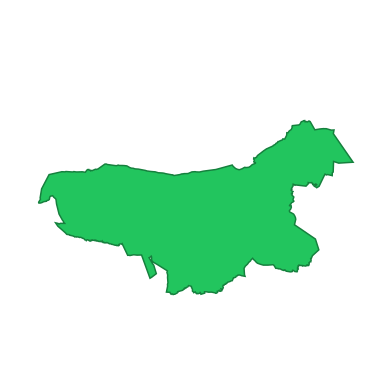 outline of Ringerike nor, Buskerud, Norway, rotated 288°
{"feature_id": "86288312B88500439281521", "entity_name": "Ringerike nor", "entity_type": "district", "adm_level": 2, "iso_a3": "NOR", "parent_name": "Norway", "parent_adm1": "Buskerud", "projection": "albers", "projection_center": [9.963, 60.328], "detail": "fine", "context": "isolated", "style": "filled", "palette": "green", "viewbox_px": 384, "rotation_deg": 288, "n_neighbors": 0, "source": "geoboundaries", "source_scale": "gbopen_adm2", "svg_char_len": 6054}
<svg xmlns="http://www.w3.org/2000/svg" viewBox="0 0 384 384"><g transform="rotate(288 192 192)"><path d="M88.9,198.6L89.8,202.1L88.8,202.9L88.3,203.8L88.8,204.2L89.0,204.8L88.6,205.7L89.2,206.5L89.4,207.2L91.5,209.2L92.7,209.7L92.9,209.4L95.5,213.3L97.8,215.0L98.0,214.5L98.9,215.2L99.1,216.2L99.7,216.4L100.6,217.4L101.9,217.6L102.1,219.9L102.0,220.6L100.7,221.2L100.5,221.8L99.5,222.5L97.8,223.1L97.4,224.2L96.8,224.8L98.0,225.9L96.7,227.6L97.2,228.1L97.0,228.9L97.4,229.6L98.2,230.7L98.9,230.8L98.6,231.3L97.5,232.1L99.7,235.3L101.0,234.8L101.6,236.8L101.8,238.7L102.8,241.4L103.2,245.2L103.0,245.8L103.5,246.7L104.6,247.3L105.3,246.8L105.5,247.3L106.8,248.2L106.2,248.8L106.5,249.4L106.4,249.8L107.3,250.8L108.8,249.6L108.8,250.0L108.3,250.6L108.5,251.0L110.7,251.3L111.7,250.5L112.9,250.5L113.1,251.2L114.2,251.4L114.7,252.5L115.6,252.6L115.8,253.2L117.3,253.9L118.6,255.8L119.6,256.7L120.1,257.7L123.3,258.0L123.5,258.7L124.5,259.9L125.5,260.0L126.3,261.0L127.3,261.5L127.4,262.2L127.7,262.6L127.8,263.9L127.7,264.8L128.2,268.5L129.5,267.5L135.5,265.1L137.9,265.6L140.6,267.1L142.6,267.7L144.5,268.9L145.7,269.1L147.7,270.2L146.9,271.2L146.1,273.1L144.9,275.1L144.5,276.4L144.4,279.4L144.5,282.4L146.0,287.0L147.9,291.6L147.6,292.5L147.0,293.3L145.3,295.2L145.6,296.2L145.7,297.8L145.9,298.0L145.7,298.5L146.1,299.4L146.1,300.1L145.8,300.9L145.7,303.3L146.1,303.8L146.4,303.8L146.7,304.4L146.0,305.0L146.1,305.5L145.8,306.1L146.4,310.1L146.7,311.0L147.0,311.1L147.4,312.0L148.4,311.9L148.3,312.2L148.8,312.8L148.1,314.6L148.5,315.6L148.5,316.5L149.3,316.7L150.2,316.3L151.6,316.9L151.8,316.8L151.9,316.0L153.0,315.7L153.5,316.3L154.3,316.3L154.5,315.8L155.1,316.3L155.6,316.3L155.6,317.8L155.9,318.2L156.0,319.1L155.8,319.6L156.0,319.8L155.9,320.1L156.3,320.1L156.6,322.7L157.2,323.6L157.8,323.6L158.3,324.1L158.1,324.8L157.8,325.0L158.2,325.7L160.0,325.7L160.7,325.1L161.9,325.7L162.4,326.6L163.2,326.3L163.9,326.4L165.3,325.4L165.6,325.5L165.6,326.0L168.6,326.2L176.2,330.5L185.4,323.9L192.5,299.6L198.1,299.1L199.6,298.3L201.0,297.1L202.3,295.6L202.6,294.6L203.2,291.2L203.6,290.7L204.4,290.4L206.1,291.1L208.2,291.2L209.4,290.6L209.2,290.5L209.3,289.9L209.1,289.0L209.3,288.9L212.9,290.2L213.6,291.1L214.8,291.7L215.8,290.4L218.7,290.4L220.0,288.0L221.4,287.9L221.3,287.2L223.7,287.9L223.9,286.6L224.4,285.7L225.3,286.1L225.4,285.8L225.9,285.9L226.2,285.5L228.7,286.2L230.7,285.8L230.6,287.4L230.3,287.3L230.3,288.0L230.7,288.2L232.8,298.6L235.7,300.0L236.9,299.6L237.0,300.9L237.9,302.8L237.6,302.9L237.5,303.7L236.8,304.2L237.1,304.4L236.9,304.9L236.7,305.2L236.3,305.0L236.0,305.5L237.9,307.3L237.4,308.4L235.2,306.9L235.0,308.3L234.6,309.3L236.7,311.1L250.0,312.9L250.1,313.4L249.7,314.4L250.5,315.6L250.9,320.3L253.6,319.5L254.6,320.1L264.8,317.2L264.8,322.6L270.1,336.0L291.1,308.4L294.9,307.9L293.9,305.4L293.7,300.1L292.8,297.2L291.4,294.0L289.1,289.6L295.5,282.6L295.4,281.9L295.7,281.5L295.4,280.9L294.4,280.3L294.2,279.6L294.3,278.9L293.7,277.9L294.8,277.2L294.3,276.1L293.6,275.6L292.5,274.2L289.8,273.7L288.8,272.9L286.1,266.9L285.2,266.9L284.5,267.3L282.1,267.1L279.9,265.5L278.1,265.1L277.7,263.9L275.1,264.5L270.9,263.8L270.6,262.0L269.0,261.5L268.5,260.6L266.6,258.6L266.5,258.2L265.3,258.0L264.4,257.0L262.9,256.4L261.4,254.9L260.8,254.8L256.0,249.5L253.4,247.5L246.9,243.0L244.8,242.6L244.4,241.8L243.8,241.5L243.8,241.1L243.2,240.5L243.3,240.3L242.4,240.4L241.7,241.5L239.9,241.4L239.5,241.9L239.6,243.2L238.9,243.4L236.6,240.8L234.3,239.5L233.0,238.3L231.8,235.5L231.9,235.0L231.7,234.4L229.6,232.5L227.9,230.3L227.7,229.8L227.7,228.8L227.6,228.3L227.8,226.2L229.1,223.2L230.1,221.9L220.8,207.8L215.3,196.3L213.3,192.9L212.5,190.1L212.3,188.7L211.1,185.7L208.3,182.5L207.0,178.7L206.5,178.0L206.1,176.8L204.7,174.9L202.1,169.8L202.2,169.5L202.1,169.0L202.4,168.4L202.2,168.1L201.3,161.5L201.2,159.4L200.9,157.8L199.9,154.1L199.8,150.8L198.8,146.5L198.1,142.7L198.1,141.0L197.2,133.9L196.4,130.7L196.4,128.5L196.0,127.3L196.0,125.3L196.7,122.0L196.1,119.0L194.7,114.3L194.8,113.5L193.8,112.3L193.5,111.4L192.0,103.1L192.1,101.7L191.6,100.5L184.9,95.5L183.8,93.9L183.9,93.5L183.8,93.1L181.4,90.4L181.5,90.0L181.3,89.6L180.8,89.1L181.3,88.5L180.9,87.7L181.4,87.1L181.2,87.0L181.3,86.1L180.6,85.4L177.8,84.4L177.3,81.4L175.5,76.4L175.2,75.3L174.9,73.3L174.4,72.8L174.0,71.7L172.5,65.7L171.9,65.0L171.1,62.0L164.4,50.7L148.5,48.0L139.4,49.4L138.3,50.1L134.9,49.3L134.2,49.7L134.5,50.9L135.5,52.5L137.0,54.0L138.2,56.4L139.0,56.7L140.0,58.1L140.8,58.6L143.1,58.3L144.2,58.6L145.4,60.6L144.3,62.2L143.5,64.2L142.8,65.0L138.7,66.9L129.9,72.4L125.2,77.5L124.7,78.4L123.7,79.2L122.8,80.6L121.5,76.4L120.4,75.5L120.7,74.8L120.7,73.8L120.5,71.8L118.0,75.0L114.1,84.1L113.0,86.0L113.5,88.6L113.2,88.7L113.1,89.2L113.4,92.0L113.3,93.7L113.0,94.4L113.7,95.7L113.5,96.2L114.1,97.3L114.0,99.1L114.5,100.1L114.5,101.3L114.3,101.5L114.2,102.4L114.3,103.2L114.1,103.9L113.4,104.8L113.5,106.1L113.1,106.5L114.2,107.1L114.4,107.8L114.0,108.9L114.3,109.3L113.8,109.9L113.8,110.2L114.2,111.0L115.1,110.9L115.3,111.5L115.2,111.8L115.6,112.0L115.4,112.7L116.0,113.8L115.7,114.1L115.8,114.8L116.2,114.6L116.5,115.3L116.2,115.5L116.3,116.7L116.0,116.7L116.3,117.8L116.1,118.2L116.3,118.5L116.3,119.4L116.7,119.8L116.6,120.6L116.9,120.7L116.8,121.2L117.1,121.3L117.0,121.7L117.3,121.8L117.1,122.0L117.3,122.0L117.1,122.2L117.3,122.3L116.6,123.7L116.9,123.9L116.9,124.5L116.7,124.6L117.0,125.2L116.9,125.5L117.3,126.0L117.3,126.7L117.7,126.8L117.5,128.5L117.2,129.3L117.6,130.9L117.4,132.0L117.6,132.5L117.6,133.0L117.6,135.3L117.9,136.3L117.8,136.7L118.1,136.8L118.1,137.4L118.0,138.3L118.6,139.1L119.0,139.2L119.5,138.7L120.2,139.4L120.8,140.5L120.6,141.4L121.2,141.6L111.9,150.4L112.3,151.4L112.4,152.6L114.3,155.9L115.0,159.3L116.5,163.5L97.0,178.7L98.5,180.0L103.3,183.3L110.6,178.2L111.4,176.9L116.2,171.5L116.6,172.0L118.4,173.0L117.8,173.6L114.9,174.6L114.0,175.4L113.2,177.2L112.4,181.1L109.4,193.0L107.8,193.0L105.6,194.5L103.0,195.2L98.2,197.2L96.7,197.2L94.9,197.9L88.9,198.6Z" fill="#22c55e" stroke="#15803d" stroke-width="1.5"/></g></svg>